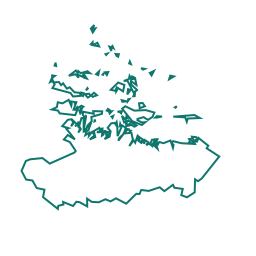 the district of Myeik, Tanintharyi, Myanmar, rotated 102°
{"feature_id": "60261553B82376991609151", "entity_name": "Myeik", "entity_type": "district", "adm_level": 2, "iso_a3": "MMR", "parent_name": "Myanmar", "parent_adm1": "Tanintharyi", "projection": "mercator", "projection_center": [98.426, 12.423], "detail": "fine", "context": "isolated", "style": "outline", "palette": "teal", "viewbox_px": 256, "rotation_deg": 102, "n_neighbors": 0, "source": "geoboundaries", "source_scale": "gbopen_adm2", "svg_char_len": 6020}
<svg xmlns="http://www.w3.org/2000/svg" viewBox="0 0 256 256"><g transform="rotate(102 128 128)"><path d="M128.6,45.8L123.0,57.1L126.9,57.6L127.4,61.0L129.7,59.1L131.8,72.7L131.5,81.2L133.6,82.1L135.1,79.9L138.1,79.9L131.4,83.9L135.5,90.1L135.2,94.5L138.9,95.7L136.3,95.6L135.9,98.2L142.2,94.8L138.7,100.4L133.6,99.3L134.5,102.1L139.3,103.0L139.1,101.0L139.6,100.1L140.8,100.3L138.8,104.1L141.0,106.6L137.7,105.3L136.3,109.0L140.1,108.8L137.3,110.0L139.9,111.8L138.9,113.7L136.6,109.8L134.7,115.0L136.7,114.7L137.5,115.5L138.1,114.5L138.5,114.8L137.8,115.6L134.4,115.3L133.5,117.0L140.9,117.9L138.9,119.9L145.4,123.0L138.5,120.8L131.9,123.7L134.3,130.9L142.4,134.8L140.0,134.7L135.2,131.4L133.3,131.0L132.3,129.9L131.3,130.0L130.7,129.9L128.9,128.6L130.6,130.5L128.2,130.3L126.7,134.2L138.1,136.5L129.1,138.7L125.9,142.1L126.9,145.4L132.1,147.9L134.8,144.3L140.3,144.2L143.7,148.6L141.0,147.0L135.7,149.4L135.8,150.4L139.7,150.7L140.9,151.9L133.8,152.8L134.9,155.3L135.6,154.4L137.6,154.2L138.5,156.2L138.3,157.5L137.2,154.5L133.8,156.1L138.1,160.8L143.7,158.1L147.1,163.0L142.1,159.1L139.3,162.3L143.8,164.6L140.7,164.9L143.8,168.2L139.9,167.7L140.8,170.6L127.3,173.5L128.0,175.6L136.3,176.2L138.9,173.9L142.9,175.7L138.6,174.6L137.0,176.9L131.9,177.9L135.4,177.8L137.3,180.3L135.2,178.4L132.5,182.7L134.0,182.0L138.2,184.0L133.6,182.8L131.3,185.3L132.5,188.6L139.9,192.7L140.5,186.2L141.6,188.1L150.2,177.6L147.4,185.5L152.6,188.3L153.8,182.0L161.3,174.4L163.1,175.2L179.1,197.2L175.2,205.4L179.0,217.3L181.6,221.1L192.1,223.2L199.6,217.0L199.2,210.6L205.7,204.8L205.7,196.9L213.3,196.7L221.7,179.8L218.6,180.0L216.3,175.3L213.8,176.1L215.7,165.5L210.9,163.2L210.6,160.0L213.2,151.6L205.6,153.3L207.8,148.1L206.7,141.1L202.4,135.3L203.4,129.8L199.3,125.1L202.4,114.0L190.6,106.2L190.2,103.0L185.9,102.2L185.2,94.6L179.4,84.7L182.2,79.3L174.2,72.2L176.8,70.2L176.2,61.8L182.6,61.9L183.5,55.9L177.1,49.4L164.2,51.7L165.5,48.5L162.1,45.4L136.9,32.8L131.5,46.8L128.6,45.8ZM112.0,106.3L107.4,105.4L106.8,114.4L109.7,125.4L107.3,135.2L110.3,137.7L120.4,125.4L122.2,115.1L118.7,112.3L119.7,115.8L118.4,120.4L117.2,120.6L114.1,115.0L115.9,110.2L112.0,106.3ZM126.4,182.3L118.8,181.0L118.0,182.0L121.1,183.2L121.4,185.1L112.5,183.7L114.8,184.3L116.2,185.2L113.8,184.8L113.8,189.2L115.1,189.5L116.0,188.1L118.1,188.1L112.8,191.9L117.5,197.2L117.4,202.0L122.4,201.9L125.7,206.3L125.5,200.1L127.9,197.9L126.4,182.3ZM106.5,181.4L103.6,182.0L104.2,187.8L100.3,193.5L102.2,196.0L97.8,200.8L100.0,202.4L97.4,205.1L98.8,210.1L95.2,212.9L99.3,213.7L97.7,211.7L100.6,208.8L104.7,210.2L105.7,191.5L108.6,188.3L106.5,181.4ZM119.6,156.5L117.1,156.7L118.7,165.5L121.2,164.4L121.4,175.1L124.4,175.0L126.9,172.4L125.0,171.7L125.3,171.4L137.5,171.0L138.0,168.8L134.0,168.1L128.8,164.9L124.8,166.1L119.6,156.5ZM92.1,130.0L89.1,127.0L88.6,127.4L84.7,134.1L81.5,134.8L84.2,128.7L77.6,131.5L76.4,135.5L79.0,132.9L79.6,134.7L76.7,137.3L79.9,137.3L82.9,141.9L81.8,138.4L92.1,130.0ZM93.2,140.4L86.6,140.5L85.6,147.1L94.2,152.8L94.3,148.1L90.5,147.4L93.2,140.4ZM103.3,59.8L101.5,65.7L107.5,86.1L105.7,74.3L109.7,71.8L106.3,71.5L103.3,59.8ZM82.3,176.6L80.9,179.4L84.2,185.7L82.7,188.4L84.8,188.6L82.6,190.9L89.2,196.7L86.3,190.4L89.1,186.9L86.2,188.1L87.2,183.9L82.9,181.6L82.3,176.6ZM123.7,120.1L120.8,128.9L122.9,131.2L125.1,129.1L123.6,127.2L125.4,122.0L123.7,120.1ZM103.2,116.0L100.5,118.9L101.5,122.3L106.2,120.7L103.2,116.0ZM117.4,136.5L123.4,132.9L121.3,130.4L117.4,136.5ZM41.9,182.3L37.3,180.6L38.5,183.0L34.3,182.5L38.5,185.0L41.9,182.3ZM124.7,57.7L122.8,59.5L123.2,63.6L126.8,60.9L124.7,57.7ZM139.2,169.2L138.7,166.3L132.3,165.4L133.7,167.3L139.2,169.2ZM54.3,179.5L54.2,173.2L51.0,175.7L54.3,179.5ZM104.2,171.2L102.6,173.2L103.9,177.4L106.6,173.6L104.2,171.2ZM102.4,165.2L100.6,168.6L103.7,170.8L104.9,169.0L102.4,165.2ZM95.3,135.7L90.2,133.3L90.0,136.0L95.3,135.7ZM71.7,115.9L66.8,114.5L69.6,118.1L71.7,115.9ZM71.8,97.9L68.0,93.8L68.0,97.6L71.8,97.9ZM136.2,148.4L139.6,146.4L139.8,144.6L135.9,145.5L136.2,148.4ZM127.7,61.5L126.9,64.2L129.5,65.4L130.0,62.6L127.7,61.5ZM106.2,178.7L103.2,178.5L103.1,181.1L105.7,180.8L106.2,178.7ZM116.4,176.1L115.9,178.2L117.6,180.0L118.8,177.5L116.4,176.1ZM56.1,160.4L52.6,160.8L52.3,163.1L56.1,160.4ZM115.1,137.7L112.8,137.5L114.2,141.7L114.1,139.4L115.1,137.7ZM115.4,152.4L115.8,149.7L114.5,149.2L113.5,151.6L115.4,152.4ZM117.7,148.9L115.2,147.4L116.2,149.8L117.7,148.9ZM88.2,178.6L85.5,181.3L87.1,183.2L87.9,181.7L88.2,178.6ZM95.5,128.1L91.7,128.5L95.8,129.4L95.5,128.1ZM82.5,168.1L78.6,168.1L82.0,170.4L82.5,168.1ZM137.0,99.6L140.6,97.0L136.1,99.5L137.0,99.6ZM112.1,103.5L111.8,101.8L109.7,97.1L110.4,102.2L112.1,103.5ZM62.6,140.0L64.6,140.3L64.9,138.4L62.6,140.0ZM133.3,98.7L135.3,97.4L132.9,96.8L133.3,98.7ZM60.4,152.5L57.7,152.3L58.2,155.5L59.8,154.2L60.4,152.5ZM121.4,179.1L123.7,177.7L122.1,176.6L121.4,179.1ZM82.2,212.8L82.3,211.2L79.2,212.4L82.2,212.8ZM123.0,131.3L125.6,130.3L125.1,130.0L123.0,131.3ZM80.6,159.7L77.4,159.0L78.3,162.1L80.6,159.7ZM103.5,139.0L102.2,134.5L102.1,139.9L103.5,139.0ZM126.0,141.0L127.1,139.4L124.4,140.4L126.0,141.0ZM125.5,136.5L127.9,136.4L127.2,135.4L125.5,136.5ZM92.2,210.3L92.3,213.1L93.2,213.0L94.0,211.9L92.2,210.3ZM126.5,162.4L128.5,162.2L128.0,161.6L126.5,162.4ZM123.8,127.1L125.8,128.4L124.8,126.3L123.8,127.1ZM66.7,127.6L67.8,125.4L66.7,123.8L66.7,127.6ZM126.2,66.0L127.0,65.2L125.5,64.2L126.2,66.0ZM129.9,126.4L131.0,125.4L130.0,124.8L129.9,126.4ZM98.3,85.7L96.6,84.8L98.0,86.4L98.3,85.7ZM121.3,145.3L119.2,145.0L120.3,146.5L121.3,145.3ZM99.9,177.0L97.9,175.5L97.4,176.0L99.9,177.0ZM52.9,158.9L51.0,160.3L52.1,161.0L52.9,158.9ZM53.4,181.5L53.0,179.9L51.4,180.4L53.4,181.5ZM120.1,179.3L120.9,177.6L120.3,177.3L120.1,179.3ZM61.1,164.5L59.5,163.6L60.4,165.3L61.1,164.5ZM101.5,133.6L99.3,132.6L99.8,133.8L101.5,133.6ZM117.1,132.0L118.4,132.0L118.5,130.8L117.1,132.0ZM81.2,163.5L79.1,163.0L81.1,164.0L81.2,163.5ZM94.7,147.1L92.4,146.3L93.5,147.4L94.7,147.1ZM129.1,128.5L131.8,129.5L129.1,127.7L129.1,128.5Z" fill="none" stroke="#0f766e" stroke-width="2"/></g></svg>